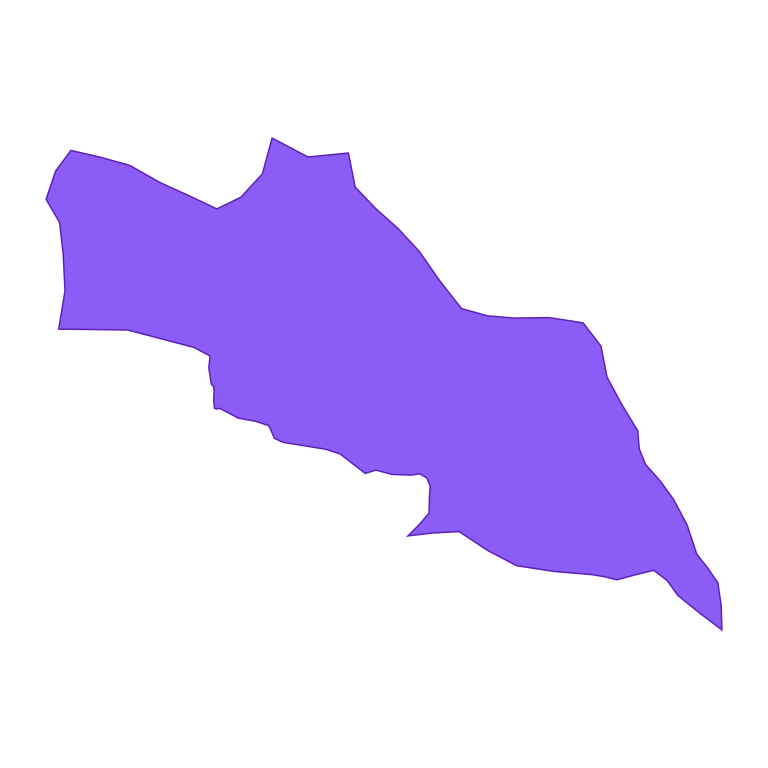 outline of Hajigabul
{"feature_id": "AZE-1694", "entity_name": "Hajigabul", "entity_type": "District", "adm_level": 1, "iso_a3": "AZE", "parent_name": "Azerbaijan", "parent_adm1": "", "projection": "natural_earth1", "projection_center": [48.915, 40.078], "detail": "fine", "context": "isolated", "style": "filled", "palette": "violet", "viewbox_px": 768, "rotation_deg": 0, "n_neighbors": 0, "source": "natural_earth", "source_scale": "10m", "svg_char_len": 1133}
<svg xmlns="http://www.w3.org/2000/svg" viewBox="0 0 768 768"><path d="M348.4,153.0L355.2,187.1L375.2,208.1L398.2,228.7L419.4,251.6L440.3,281.6L461.7,308.7L487.3,315.8L514.3,318.1L549.3,317.6L583.1,322.9L601.0,346.1L607.0,377.1L621.8,404.5L637.7,430.8L639.3,448.9L645.5,464.3L660.3,481.1L673.8,499.8L687.1,525.0L696.8,554.2L707.8,568.1L717.9,582.8L721.2,606.0L721.9,629.9L699.7,613.1L678.0,595.6L667.2,580.6L653.8,570.3L635.8,574.7L616.7,579.8L604.4,576.7L591.7,574.6L554.5,571.5L516.6,565.7L487.5,550.4L459.2,531.6L432.7,533.0L408.0,535.9L419.3,524.5L429.0,513.2L429.5,495.9L430.2,485.9L426.8,478.0L419.8,473.8L411.5,475.1L392.0,474.4L375.9,470.1L365.2,473.4L340.0,453.9L325.4,449.2L283.3,442.4L274.5,438.4L268.9,425.7L255.2,421.2L238.5,418.2L219.5,408.3L216.3,409.1L214.4,408.1L213.7,400.6L214.1,390.8L213.6,386.4L211.4,384.5L208.8,367.8L210.1,356.0L193.9,347.4L127.6,330.0L58.7,329.1L65.0,290.8L63.2,254.1L59.6,222.6L46.1,199.3L55.6,171.1L70.9,150.4L100.6,157.3L129.7,165.4L159.9,182.5L191.5,196.9L216.8,208.9L240.9,197.2L262.4,173.9L272.1,138.1L308.0,157.0L348.4,153.0Z" fill="#8b5cf6" stroke="#5b21b6" stroke-width="1.5"/></svg>